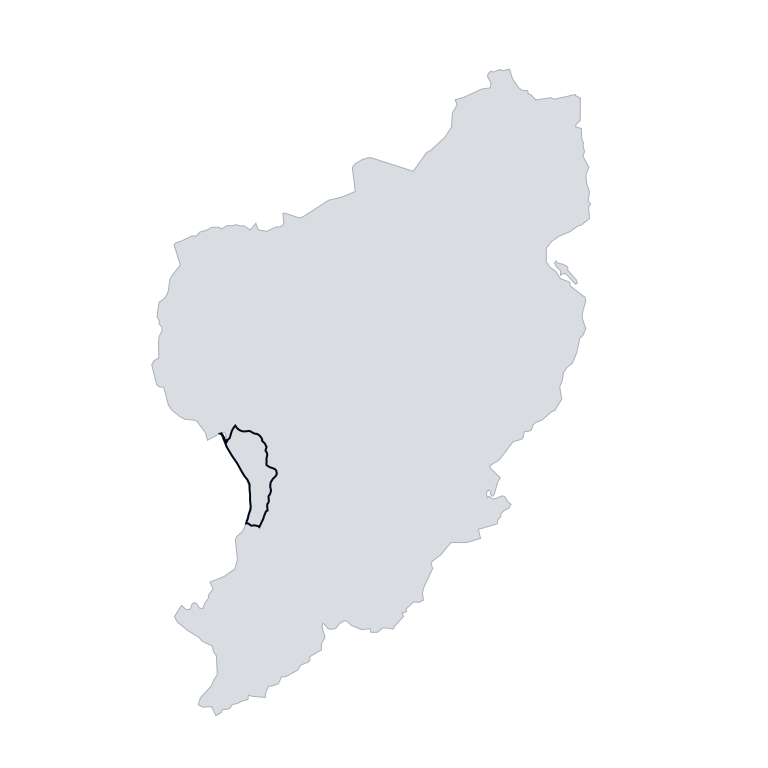 where Mazandaran sits in Iran, rotated 253°
{"feature_id": "IRN-3214", "entity_name": "Mazandaran", "entity_type": "Province", "adm_level": 1, "iso_a3": "IRN", "parent_name": "Iran", "parent_adm1": "", "projection": "equal_earth", "projection_center": [52.513, 36.378], "detail": "fine", "context": "in_parent", "style": "outline", "palette": "ink", "viewbox_px": 768, "rotation_deg": 253, "n_neighbors": 0, "source": "natural_earth", "source_scale": "10m", "svg_char_len": 5185}
<svg xmlns="http://www.w3.org/2000/svg" viewBox="0 0 768 768"><g transform="rotate(253 384 384)"><path d="M381.8,198.7L389.4,199.1L403.1,194.2L404.4,193.1L408.5,183.2L413.2,178.7L421.4,173.4L426.7,171.7L445.4,172.4L446.8,168.4L449.9,166.4L470.3,167.5L473.4,170.6L474.8,176.2L491.9,181.3L495.4,183.0L499.6,187.2L503.0,188.3L507.4,186.4L510.2,187.7L514.6,186.6L528.0,192.8L530.0,199.1L532.4,202.0L535.4,204.6L546.1,209.6L549.3,212.4L557.3,224.1L578.5,223.9L579.9,226.5L579.9,231.5L581.7,243.6L580.3,248.0L583.1,252.0L583.0,259.5L584.3,264.8L582.1,272.1L579.7,273.6L581.3,280.1L579.4,286.4L579.7,288.8L576.5,294.1L576.4,296.2L570.4,301.1L575.1,308.4L568.3,308.8L564.2,316.6L565.7,325.9L564.7,330.7L565.5,333.4L567.3,335.3L576.5,337.1L576.9,338.3L567.4,351.9L568.0,357.1L575.9,384.8L575.1,398.6L576.5,412.8L600.2,417.0L602.9,420.7L604.9,428.6L605.0,434.6L604.3,437.6L578.9,474.1L592.9,492.5L593.5,496.5L602.2,514.4L610.0,523.7L623.3,528.7L629.5,535.5L635.0,535.2L634.8,544.4L637.5,563.6L636.1,572.4L640.8,574.2L647.9,572.9L650.5,574.6L652.0,577.8L650.3,579.6L650.8,587.2L649.0,588.8L648.4,596.0L637.8,596.2L627.9,599.4L624.4,602.1L622.4,607.2L619.2,606.7L618.2,608.7L611.2,612.2L609.1,626.9L606.5,630.4L604.9,651.6L603.4,651.8L600.0,655.4L578.3,648.5L576.0,643.4L573.7,642.5L570.7,647.4L559.8,644.6L556.1,645.4L553.9,643.9L548.0,643.8L543.4,640.8L531.6,643.3L524.4,638.0L516.7,636.5L507.3,636.6L499.6,632.7L495.6,634.2L493.7,631.4L482.2,628.9L478.4,619.5L478.2,614.8L475.3,606.6L474.2,594.8L471.5,586.2L466.6,579.1L453.5,574.9L446.7,577.1L441.7,581.1L433.4,583.4L427.0,591.4L423.3,590.8L408.1,601.5L404.8,601.4L393.4,594.2L388.3,592.8L377.9,593.1L372.2,588.3L370.7,584.8L357.2,577.2L348.9,570.2L346.3,563.8L342.7,559.1L334.6,555.2L330.1,551.2L317.5,549.6L308.7,539.5L308.6,536.2L303.5,525.0L302.6,516.9L301.5,514.8L297.1,511.5L296.5,509.3L297.4,504.2L291.7,501.0L290.9,498.5L291.1,490.7L277.6,471.8L275.0,461.4L272.5,461.0L260.4,467.7L256.9,463.9L246.4,457.3L244.9,454.8L247.6,453.5L250.2,454.7L251.8,453.3L251.2,451.1L248.6,449.7L245.0,449.8L245.9,451.9L242.5,453.9L241.8,456.5L242.5,464.3L241.1,466.5L235.4,467.8L231.9,470.2L228.8,467.4L227.9,461.8L226.0,458.1L223.0,456.8L220.9,453.2L217.2,451.3L217.4,431.7L208.1,431.2L208.3,416.4L212.8,401.7L204.1,388.4L200.4,378.3L198.0,376.4L193.5,376.7L178.4,363.1L173.1,359.6L165.8,358.5L165.0,353.8L166.9,348.5L163.6,341.6L162.6,339.6L159.6,338.8L159.9,334.5L156.0,334.7L149.0,322.9L146.9,321.2L151.2,312.2L148.5,304.9L150.4,298.8L154.2,299.1L155.5,290.9L162.4,282.5L168.4,278.9L169.0,276.3L168.0,271.8L164.4,266.2L165.0,261.4L166.2,259.0L172.5,256.4L172.8,255.4L170.0,253.7L159.2,253.6L153.5,248.0L148.1,246.6L145.2,234.3L144.3,232.8L141.7,232.4L140.2,230.1L139.5,221.9L135.8,218.3L133.1,206.2L133.0,203.3L134.1,200.6L128.3,195.4L127.8,187.5L129.1,185.6L122.4,179.8L119.3,179.5L119.1,178.5L124.1,166.2L126.1,163.3L122.0,161.5L122.3,155.4L121.3,150.3L121.9,145.5L119.3,142.0L118.7,139.9L119.8,134.6L117.3,132.0L116.0,126.4L125.9,124.8L128.0,116.2L131.6,112.6L137.6,116.7L145.8,130.7L150.9,134.8L154.6,139.5L173.1,144.3L177.1,142.8L183.5,143.1L191.7,134.5L195.4,133.3L205.0,124.7L216.8,116.8L222.8,115.6L231.4,125.6L226.3,128.7L225.4,131.2L225.9,133.6L229.9,136.2L230.3,139.0L228.9,140.5L223.7,142.0L222.2,144.9L227.7,149.5L230.4,153.4L233.4,154.4L238.0,160.6L245.4,159.7L246.7,174.7L250.7,187.1L258.6,192.4L279.1,196.5L281.3,198.9L284.6,205.7L289.9,210.6L305.8,220.3L323.3,225.0L335.0,224.7L377.9,213.6L382.0,213.6L375.6,216.4L378.0,217.6L383.5,217.6L384.7,216.5L384.9,214.6L381.8,198.7ZM448.8,585.6L446.2,590.2L442.2,594.0L439.2,592.9L427.1,598.5L423.9,598.2L423.4,596.4L436.7,589.8L437.3,588.0L436.5,584.6L440.8,586.0L445.6,583.2L449.5,582.5L451.4,584.4L448.8,585.6Z" fill="#d9dde1" stroke="#a8b0b8" stroke-width="1"/><path d="M291.1,211.5L292.4,212.4L292.9,212.5L293.3,212.7L294.1,213.6L294.5,214.0L298.8,216.5L302.7,219.4L305.0,220.5L312.6,222.1L317.4,223.6L322.5,224.6L327.3,226.1L332.4,225.4L336.8,223.6L341.5,222.4L346.4,221.4L351.0,220.4L355.7,218.9L360.2,217.5L369.2,215.3L370.5,215.1L381.2,214.5L383.1,214.0L384.4,212.8L384.4,214.1L382.8,214.7L380.9,215.0L379.7,215.4L379.3,215.6L378.9,215.5L378.2,215.3L377.8,215.3L377.0,215.6L376.6,215.7L375.0,215.5L373.6,215.5L373.9,215.9L374.2,216.0L375.1,216.0L374.6,216.2L374.4,216.2L375.0,217.2L376.1,217.7L376.3,217.7L376.3,218.2L376.6,219.1L377.6,220.8L383.6,224.7L386.5,227.8L387.7,229.6L384.9,230.5L382.6,231.9L380.6,234.1L379.6,236.1L379.1,238.3L378.6,241.2L377.6,242.6L374.8,245.2L374.1,246.2L373.8,247.2L373.2,248.1L372.0,249.3L370.1,250.4L368.0,251.1L366.6,251.3L365.7,250.8L364.3,251.3L362.6,252.4L361.3,252.8L358.5,253.1L358.1,253.3L355.6,251.5L354.4,251.2L353.5,251.7L352.1,251.9L350.0,251.5L346.9,249.7L344.4,249.2L342.5,248.3L340.7,248.0L338.1,250.2L334.6,254.8L332.7,255.6L330.5,255.5L329.2,255.0L328.4,254.4L327.4,253.2L325.8,250.0L323.0,246.8L319.3,245.2L315.1,244.8L312.2,243.0L310.4,240.7L305.9,239.7L304.8,239.1L303.7,238.1L303.3,237.3L301.5,236.6L297.0,235.6L297.0,234.9L296.7,233.9L292.3,230.3L290.8,229.5L283.6,222.9L285.0,222.0L286.7,218.8L287.3,215.8L288.4,214.7L289.8,213.9L290.8,212.5L291.1,211.6L291.1,211.5Z" fill="none" stroke="#020617" stroke-width="2"/></g></svg>